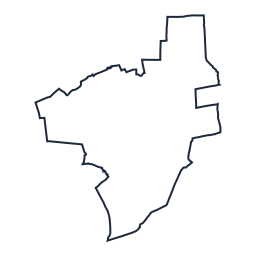 Fartanesti, Galati, Romania (orthographic projection)
{"feature_id": "2599482B98747268869186", "entity_name": "Fartanesti", "entity_type": "district", "adm_level": 2, "iso_a3": "ROU", "parent_name": "Romania", "parent_adm1": "Galati", "projection": "orthographic", "projection_center": [27.982, 45.802], "detail": "fine", "context": "isolated", "style": "outline", "palette": "slate", "viewbox_px": 256, "rotation_deg": 0, "n_neighbors": 0, "source": "geoboundaries", "source_scale": "gbopen_adm2", "svg_char_len": 5632}
<svg xmlns="http://www.w3.org/2000/svg" viewBox="0 0 256 256"><path d="M217.7,71.9L216.4,71.5L216.0,69.8L214.3,68.5L213.0,67.5L212.7,66.3L210.6,64.7L209.0,62.8L206.6,60.5L206.0,57.9L205.8,57.5L204.6,31.2L204.3,26.9L204.2,26.6L203.9,26.1L203.9,25.6L204.0,23.9L204.2,22.9L203.9,18.5L203.7,15.4L202.1,15.4L198.0,15.5L195.1,15.4L192.9,15.4L191.6,15.5L187.2,15.9L182.9,16.8L181.1,16.7L180.3,16.9L179.5,16.9L177.3,16.9L176.9,16.9L176.6,17.0L176.0,16.9L167.4,16.9L167.4,17.5L167.2,21.9L167.1,23.6L167.0,24.8L166.8,26.7L166.6,28.0L166.7,29.4L166.6,30.4L166.6,32.5L166.5,34.1L166.4,34.9L166.4,37.3L166.5,38.2L166.6,39.9L166.5,40.7L160.7,41.0L160.7,41.3L160.3,52.5L160.3,56.2L160.3,59.9L149.2,59.8L142.1,59.7L142.4,62.4L142.6,64.0L144.6,73.0L144.4,73.1L143.5,73.1L142.6,74.2L142.1,75.1L141.8,75.4L141.3,75.7L140.8,75.8L139.9,75.7L139.4,75.3L138.8,74.8L138.0,74.5L137.8,74.4L137.5,74.4L137.1,74.5L136.3,74.4L136.3,69.5L133.9,69.5L133.1,69.6L129.4,71.1L129.1,71.1L126.6,72.1L126.4,72.2L126.1,71.6L124.6,69.1L121.5,70.5L119.9,66.9L119.1,65.2L115.5,65.8L115.4,65.7L114.2,65.9L113.0,66.1L112.6,66.0L111.3,66.3L111.4,67.1L110.2,67.3L110.4,68.1L109.1,68.4L108.9,67.6L107.5,67.8L107.7,68.8L106.5,69.3L106.4,69.4L106.4,69.9L105.4,70.2L105.0,70.4L99.7,72.6L95.8,74.1L95.5,74.2L93.5,76.0L92.7,74.5L91.5,75.5L90.9,75.7L90.3,76.0L88.8,76.4L88.3,76.7L87.6,76.9L87.4,77.1L87.3,77.4L87.2,78.0L85.1,79.5L84.9,79.5L83.9,80.0L82.6,80.8L81.7,81.2L80.9,81.6L81.0,84.8L80.1,86.5L79.7,86.9L79.1,87.2L77.5,88.4L75.6,89.5L74.6,89.8L73.9,89.9L73.6,90.0L72.7,90.0L72.0,90.6L71.5,91.0L70.4,91.9L69.6,92.9L68.5,94.2L67.3,95.3L66.4,94.9L66.0,94.6L66.0,94.2L65.3,93.5L64.3,92.3L63.6,91.8L63.1,91.6L62.8,91.5L62.2,91.0L61.9,90.8L61.1,90.4L60.3,89.9L59.1,88.7L58.1,89.5L53.8,93.2L50.1,96.9L48.0,97.3L46.6,97.8L35.5,102.5L37.7,109.3L38.8,112.6L39.9,118.1L44.4,117.9L47.2,141.3L48.0,141.3L48.7,141.2L82.0,144.4L84.6,152.5L85.8,153.5L86.0,154.5L85.7,154.9L84.6,155.3L84.5,157.6L84.3,159.2L83.8,162.3L83.3,162.9L82.7,164.2L88.6,163.5L88.7,163.8L91.3,164.2L92.2,164.3L92.8,164.6L93.6,164.8L98.0,166.8L101.9,167.8L101.7,168.5L102.9,169.5L103.2,170.8L103.6,170.1L103.9,170.3L105.4,171.7L105.1,172.0L105.5,172.3L105.7,172.9L106.5,173.7L105.5,173.8L107.5,174.4L107.6,175.0L107.3,175.5L108.1,176.3L108.4,176.7L105.7,179.7L105.0,180.2L103.4,181.3L101.0,182.9L100.4,183.6L99.1,184.9L98.3,185.8L97.6,186.4L96.7,187.2L95.7,187.8L99.9,195.8L100.3,196.6L103.5,202.4L104.8,205.6L105.2,206.5L107.2,210.1L107.8,211.4L108.9,215.0L109.7,219.2L109.8,221.9L110.0,222.7L110.3,228.1L110.3,231.7L110.3,233.4L110.1,234.1L109.6,235.5L109.4,235.9L108.5,237.0L108.2,237.5L107.8,239.7L107.6,240.6L115.9,238.0L121.8,236.2L128.9,233.8L130.7,233.2L131.8,232.8L134.4,231.8L136.2,230.9L136.9,230.5L138.8,228.5L139.3,227.9L139.2,227.9L139.8,225.7L140.3,224.5L140.3,224.4L140.4,224.2L140.6,224.1L142.3,223.4L142.8,223.1L143.5,222.3L143.7,222.0L144.3,221.4L144.4,221.2L145.4,220.1L146.1,219.1L146.6,218.4L147.2,217.5L149.0,215.4L150.0,213.9L150.2,213.6L150.7,213.1L151.4,212.4L152.5,211.8L153.0,211.5L157.4,209.8L158.3,209.3L159.0,208.9L159.7,208.5L160.6,208.1L161.6,207.6L162.1,207.3L163.7,206.5L165.5,205.6L166.4,205.2L166.5,205.1L166.7,204.8L167.3,203.3L169.3,198.2L171.2,193.6L172.2,191.0L173.7,187.0L174.3,185.4L174.5,184.9L174.9,184.0L175.8,182.0L176.1,181.3L176.8,180.0L177.1,179.2L177.7,178.0L177.9,177.4L178.3,176.5L178.6,175.8L178.9,175.1L179.0,174.9L179.4,174.0L179.8,173.2L180.0,172.8L180.1,172.4L180.1,172.2L180.3,172.0L180.4,171.7L180.5,171.5L180.5,171.4L180.6,171.2L180.9,170.8L181.2,170.3L181.4,170.1L182.6,168.6L183.0,168.1L183.3,167.8L183.4,167.7L183.6,167.6L183.8,167.5L184.1,167.4L184.3,167.4L184.6,167.5L184.8,167.5L185.2,167.6L185.5,167.7L187.5,166.1L188.0,165.6L189.4,164.6L190.5,163.6L191.3,163.0L191.8,162.7L192.0,162.5L191.9,162.3L191.5,161.9L190.5,161.1L189.7,160.6L189.2,160.1L188.7,159.3L188.5,159.0L188.4,158.8L188.3,158.7L188.3,157.6L188.3,157.1L188.5,155.8L188.6,155.4L188.7,155.0L188.7,154.8L188.7,154.4L188.8,153.9L188.8,153.6L188.9,152.7L189.0,152.4L189.3,151.5L189.3,151.3L189.6,151.0L189.6,150.7L189.6,150.1L189.6,149.8L189.7,149.3L189.8,148.9L190.2,147.1L190.3,146.3L190.5,145.4L190.6,144.9L190.6,144.5L190.8,143.3L190.9,142.9L190.9,142.7L191.0,142.3L191.0,142.0L191.1,141.9L191.2,141.6L191.6,141.3L192.3,140.7L192.3,140.2L192.4,139.9L192.6,139.4L192.5,138.7L192.5,138.4L193.9,138.0L194.8,137.8L195.2,137.7L196.1,137.6L197.3,137.4L199.8,136.9L200.8,136.6L202.0,136.4L203.0,136.1L203.8,136.0L204.7,135.8L205.6,135.6L206.2,135.5L207.4,135.3L209.6,135.1L210.9,134.9L211.9,134.7L213.2,134.4L214.8,134.2L215.6,133.9L216.1,133.6L216.6,133.5L217.4,133.2L218.2,132.9L218.9,132.7L220.4,132.3L220.4,131.6L220.4,131.3L220.5,131.0L220.4,130.7L220.5,130.2L220.4,129.6L220.4,128.8L220.4,128.6L220.4,128.3L220.4,128.0L220.4,127.6L220.3,127.1L220.3,126.3L220.1,125.7L220.0,125.3L219.9,125.1L219.8,124.6L219.7,124.4L219.6,123.7L219.4,123.2L219.1,121.6L218.8,120.7L218.2,118.8L218.0,117.9L218.0,117.0L218.1,116.4L218.1,115.3L218.1,114.2L218.0,113.2L217.8,111.9L217.7,111.3L217.4,108.9L217.3,108.3L217.4,107.8L217.5,106.4L217.6,106.1L217.7,104.5L217.7,104.3L217.7,104.1L217.4,104.3L216.6,104.4L211.4,105.1L203.8,106.4L199.3,107.3L196.2,107.9L196.1,102.2L196.0,101.9L196.0,99.6L195.9,99.2L195.8,98.9L195.5,89.2L202.3,87.9L203.2,87.7L209.5,86.5L213.9,85.8L214.5,85.8L214.9,85.7L215.7,85.5L216.3,85.3L217.2,85.2L218.8,84.7L219.5,84.6L219.2,84.3L218.9,84.0L218.7,83.7L218.6,83.1L218.6,81.9L218.8,81.5L218.9,81.0L218.9,80.8L218.5,80.2L218.3,79.8L218.2,79.1L218.0,77.5L217.9,76.5L217.7,75.9L217.6,75.3L217.7,74.9L218.0,73.0L218.0,72.7L217.7,71.9Z" fill="none" stroke="#1e293b" stroke-width="2"/></svg>